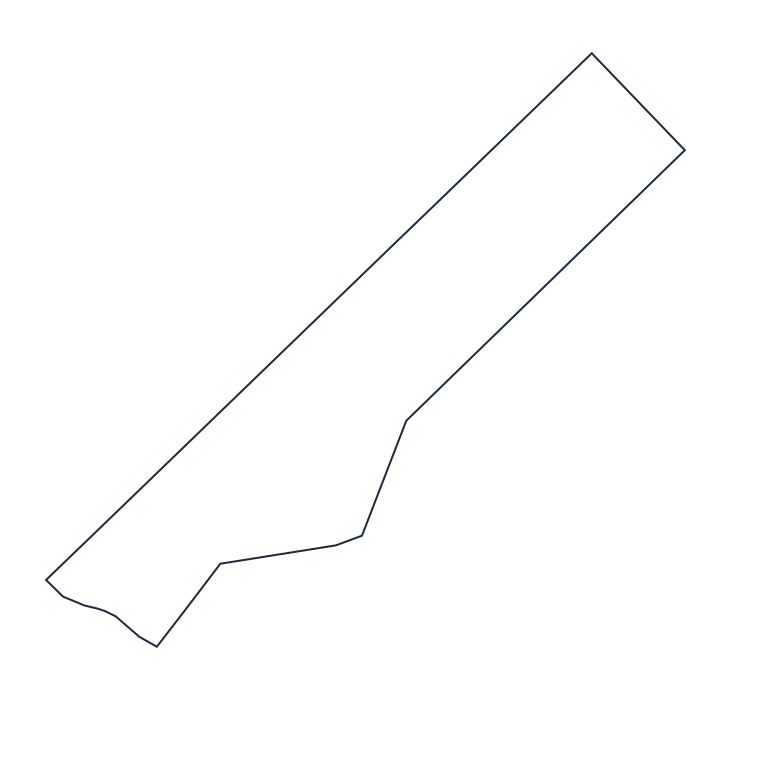 SVG path tracing the border of Ohangwena, rotated 316°
{"feature_id": "NAM-3352", "entity_name": "Ohangwena", "entity_type": "Region", "adm_level": 1, "iso_a3": "NAM", "parent_name": "Namibia", "parent_adm1": "", "projection": "robinson", "projection_center": [16.315, -17.652], "detail": "fine", "context": "isolated", "style": "outline", "palette": "slate", "viewbox_px": 768, "rotation_deg": 316, "n_neighbors": 0, "source": "natural_earth", "source_scale": "10m", "svg_char_len": 507}
<svg xmlns="http://www.w3.org/2000/svg" viewBox="0 0 768 768"><g transform="rotate(316 384 384)"><path d="M4.8,290.2L8.2,290.2L87.9,290.3L167.7,290.3L247.3,290.3L327.0,290.3L406.7,290.3L486.4,290.3L539.1,290.4L566.1,290.4L645.8,290.4L725.5,290.4L763.2,290.4L762.8,424.8L374.5,425.9L262.8,477.8L237.4,466.7L141.6,399.7L141.4,399.6L85.0,408.3L38.1,415.2L32.4,396.0L32.2,393.9L29.6,364.8L25.6,353.7L22.3,347.2L14.7,335.3L5.4,314.0L4.8,290.3L4.8,290.2Z" fill="none" stroke="#1e293b" stroke-width="2"/></g></svg>